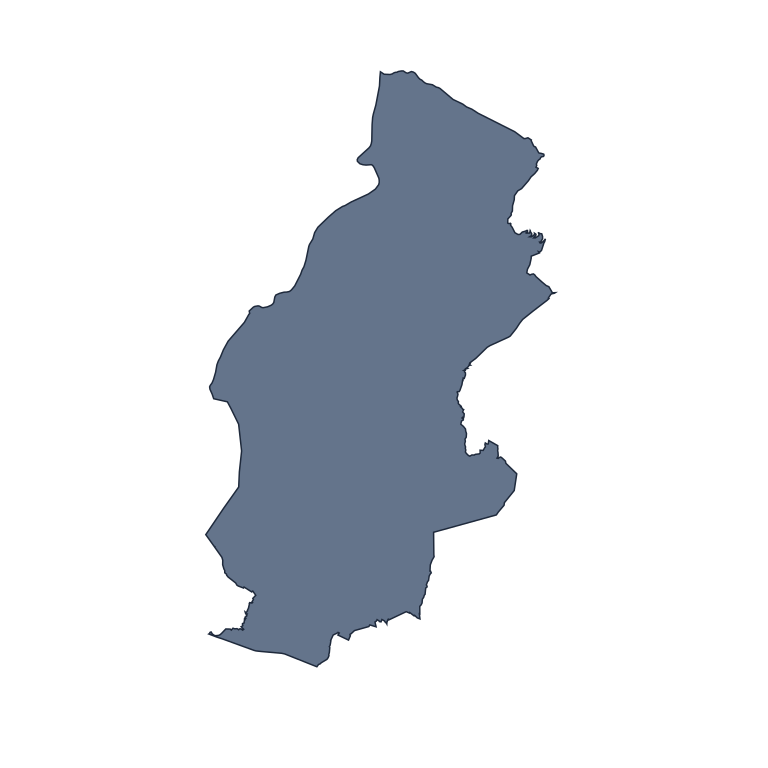 Zapotlán del Rey, Jalisco, Mexico, rotated 113°
{"feature_id": "50627088B65473420567883", "entity_name": "Zapotlán del Rey", "entity_type": "district", "adm_level": 2, "iso_a3": "MEX", "parent_name": "Mexico", "parent_adm1": "Jalisco", "projection": "mercator", "projection_center": [-102.928, 20.466], "detail": "fine", "context": "isolated", "style": "filled", "palette": "slate", "viewbox_px": 768, "rotation_deg": 113, "n_neighbors": 0, "source": "geoboundaries", "source_scale": "gbopen_adm2", "svg_char_len": 6140}
<svg xmlns="http://www.w3.org/2000/svg" viewBox="0 0 768 768"><g transform="rotate(113 384 384)"><path d="M98.0,509.3L103.3,507.6L111.5,504.6L130.4,500.5L139.6,499.3L143.1,498.6L149.9,496.3L165.1,490.2L167.9,489.6L170.3,489.5L172.5,490.1L185.8,496.2L188.0,496.3L189.5,495.4L190.7,492.2L190.4,489.1L189.5,486.1L187.0,481.2L187.3,479.7L188.7,477.5L196.6,469.1L198.2,468.1L200.5,467.1L202.7,466.8L208.0,468.1L215.2,472.6L229.1,485.2L235.2,489.8L236.7,491.5L243.2,496.1L252.1,500.4L265.5,506.1L271.7,507.0L278.4,506.2L284.6,507.1L286.7,507.0L300.6,504.2L307.3,503.5L311.2,503.9L315.6,503.6L328.6,504.5L333.7,506.0L335.8,507.2L337.4,509.5L338.6,512.0L341.3,515.5L344.3,518.3L346.6,518.5L352.0,517.3L353.9,517.7L355.4,518.5L358.5,521.4L361.0,525.1L361.3,526.4L361.0,529.2L361.3,530.5L363.1,533.3L364.3,534.3L369.5,536.6L371.5,535.2L372.7,535.6L381.8,536.6L405.4,544.2L415.2,545.2L423.1,545.1L427.7,545.5L431.6,545.3L439.0,543.6L446.6,542.7L450.2,542.7L453.3,543.4L454.8,543.4L456.9,542.1L460.5,538.2L464.1,535.0L461.6,521.2L466.3,515.4L477.8,502.1L501.3,488.9L521.4,482.8L535.6,477.5L560.7,483.0L592.3,489.2L599.7,477.1L599.8,476.2L600.2,476.3L606.9,465.5L609.2,463.6L613.4,461.9L616.9,459.0L617.8,457.8L620.0,456.8L620.6,454.7L621.5,454.1L622.6,452.1L625.1,442.8L626.7,440.7L626.9,439.2L626.7,433.6L625.6,433.5L627.1,424.5L626.0,424.1L625.9,423.8L628.6,419.5L632.6,421.0L633.4,420.0L635.8,420.4L636.5,419.5L636.8,419.6L637.3,420.2L637.0,420.6L637.5,421.2L637.7,422.2L638.6,422.3L638.8,422.0L643.3,421.2L645.9,421.3L646.1,421.0L648.4,421.6L648.1,422.7L649.6,421.5L649.2,420.1L650.6,420.3L650.9,419.7L651.3,419.7L653.0,420.8L653.8,419.7L654.6,420.7L655.1,420.6L655.3,419.8L656.7,420.1L658.5,419.4L659.8,420.6L660.3,420.6L661.2,419.7L661.8,419.6L663.2,420.7L664.6,417.3L665.8,417.9L665.3,420.1L666.0,421.4L667.0,421.8L666.6,423.7L667.7,425.7L667.8,427.6L670.2,428.4L669.7,429.8L671.3,433.9L677.1,436.1L678.9,437.0L680.0,438.0L681.5,440.7L681.7,442.0L681.2,444.3L679.8,446.3L680.6,447.1L682.0,447.2L682.6,447.6L682.3,438.9L681.8,433.6L680.0,399.6L679.7,397.5L678.2,392.5L671.9,373.1L671.3,370.0L670.5,335.3L667.8,334.7L666.4,333.3L665.2,332.9L659.7,328.9L657.8,328.5L655.6,328.5L654.7,329.1L652.5,329.4L647.8,330.9L647.1,331.7L645.8,331.5L643.8,331.9L641.0,332.6L640.9,332.9L634.9,332.7L630.9,329.2L630.6,329.2L630.7,327.9L633.1,328.3L633.6,316.6L628.9,316.6L628.2,317.4L627.3,317.3L627.0,316.8L622.5,314.8L613.2,303.2L611.3,302.9L610.6,296.4L606.6,299.3L605.2,298.4L603.6,298.3L604.1,295.7L604.5,295.4L604.1,293.8L601.6,293.9L601.9,291.2L603.0,289.4L602.6,289.0L603.7,287.7L602.3,288.2L599.0,288.3L598.7,287.9L599.2,287.3L584.9,274.6L584.9,271.0L584.3,271.0L585.7,265.7L585.0,265.4L586.3,262.0L586.2,259.1L581.5,261.8L581.3,261.8L581.4,261.3L574.7,264.2L572.8,263.5L570.7,263.4L567.0,264.6L565.0,264.1L562.6,264.4L561.6,264.0L555.5,265.9L554.2,265.1L553.3,265.3L552.4,266.5L548.8,266.7L547.6,266.2L543.1,267.4L540.8,267.2L539.4,266.7L538.0,268.1L538.2,268.6L532.4,270.7L527.3,270.9L523.4,270.4L521.7,271.4L501.1,280.4L460.6,229.4L457.4,228.8L448.7,226.1L446.2,226.8L431.2,222.5L414.8,226.7L409.4,240.8L407.5,242.1L406.0,246.3L405.6,248.0L406.6,249.1L407.9,249.8L408.1,251.0L405.7,250.7L402.3,252.4L401.1,253.3L399.2,253.8L397.7,254.7L396.3,255.2L395.1,265.5L398.4,264.6L399.0,265.6L398.7,267.7L400.2,267.5L402.3,266.1L403.2,266.4L406.4,266.8L407.4,269.7L409.9,268.5L411.1,269.0L413.1,272.5L414.1,273.1L415.0,275.4L416.9,276.8L416.8,278.4L415.7,281.1L414.8,282.5L412.8,282.9L411.3,284.1L410.1,284.3L408.6,285.7L407.4,286.4L405.0,286.7L403.1,287.9L400.9,287.5L397.4,288.7L395.4,290.4L393.6,291.4L392.0,294.3L391.0,297.6L387.8,298.2L386.2,297.0L385.6,297.4L385.1,297.2L384.3,297.7L384.9,298.6L384.8,298.9L383.9,298.7L383.2,297.5L380.1,298.5L379.0,300.7L376.4,300.7L376.5,301.6L375.7,302.7L375.1,304.5L374.6,304.0L374.4,304.1L373.2,307.5L372.6,308.2L371.1,308.6L370.0,310.4L368.3,311.4L366.6,311.5L364.5,311.9L362.9,313.5L362.4,313.5L361.7,311.9L360.4,311.6L354.1,312.0L349.8,313.1L349.8,312.7L347.6,313.4L347.5,312.3L343.9,312.5L341.9,313.4L341.3,314.7L340.0,314.9L340.2,315.7L339.7,315.3L339.8,314.7L339.6,314.5L338.8,315.1L337.1,313.3L337.2,314.3L336.2,313.6L333.4,312.8L332.9,311.9L332.7,312.8L331.3,312.7L332.0,313.2L331.1,313.3L324.3,309.4L310.0,303.4L307.2,301.4L292.1,287.6L290.5,286.5L281.1,283.9L275.3,282.9L270.4,281.6L258.5,275.2L243.3,266.6L240.9,265.5L240.7,266.3L236.4,265.5L235.5,264.9L233.9,262.6L233.0,262.0L234.4,264.9L233.6,265.4L230.0,270.3L230.0,273.2L228.3,278.7L225.8,286.0L224.6,288.0L224.3,289.5L225.4,291.1L226.6,292.2L225.9,296.0L222.3,296.8L217.2,296.4L210.9,297.6L208.8,298.4L202.7,292.2L201.8,293.5L201.7,292.3L201.3,291.9L199.4,291.2L191.7,291.9L190.4,291.7L187.3,292.1L189.5,292.7L192.1,293.9L192.9,294.6L193.2,295.5L192.6,296.3L192.2,295.6L191.3,295.2L188.3,294.8L186.2,295.7L184.1,297.5L184.6,299.4L184.3,300.7L184.5,300.9L186.0,299.6L187.1,299.6L190.3,301.7L191.0,303.3L187.8,302.3L187.2,302.4L186.7,302.8L186.4,304.4L187.2,303.9L189.1,304.5L191.0,306.0L191.5,307.4L190.0,306.3L188.2,306.5L187.5,307.3L186.8,308.6L186.1,308.9L185.7,309.4L187.5,309.0L188.3,309.1L189.8,312.7L188.0,311.2L186.6,311.9L186.7,312.4L188.0,313.5L190.1,316.1L193.1,317.3L194.0,319.0L193.6,322.6L189.7,327.2L188.4,329.5L187.0,329.8L186.7,330.5L187.4,331.4L187.6,332.6L187.5,333.0L183.7,334.5L179.4,333.0L178.6,332.9L177.3,333.7L174.6,333.4L169.7,335.3L163.5,336.1L159.7,337.5L153.9,336.3L150.4,333.7L140.5,330.5L135.9,329.6L131.4,327.5L127.3,326.3L125.3,326.3L125.1,328.8L123.1,328.8L122.0,329.7L119.1,329.7L117.4,329.2L115.7,328.2L114.5,328.3L113.2,327.7L112.5,326.4L111.9,326.0L110.8,326.1L110.0,326.8L110.3,329.5L110.8,331.4L110.6,332.1L106.6,337.1L106.7,338.5L106.2,339.5L102.5,343.6L101.8,343.7L101.1,347.7L102.9,349.9L103.4,351.1L100.7,362.2L98.0,403.2L96.7,410.5L96.7,416.3L95.6,420.7L95.1,431.6L90.1,447.8L89.9,449.6L90.3,451.8L89.6,456.4L90.9,462.0L90.9,463.5L90.4,465.7L89.5,468.0L89.4,469.9L88.6,471.9L85.8,476.6L85.4,478.8L85.7,480.9L88.6,483.6L88.9,485.3L88.3,488.6L89.1,490.4L90.8,493.0L91.9,493.8L92.8,495.5L94.1,496.8L95.2,497.4L96.7,499.3L98.8,504.9L98.0,509.3Z" fill="#64748b" stroke="#1e293b" stroke-width="1.5"/></g></svg>